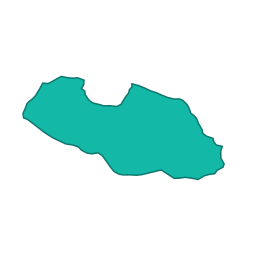 the district of Marituba, Pará, Brazil, rotated 112°
{"feature_id": "56859067B82724745768816", "entity_name": "Marituba", "entity_type": "district", "adm_level": 2, "iso_a3": "BRA", "parent_name": "Brazil", "parent_adm1": "Pará", "projection": "equal_earth", "projection_center": [-48.323, -1.397], "detail": "fine", "context": "isolated", "style": "filled", "palette": "teal", "viewbox_px": 256, "rotation_deg": 112, "n_neighbors": 0, "source": "geoboundaries", "source_scale": "gbopen_adm2", "svg_char_len": 1243}
<svg xmlns="http://www.w3.org/2000/svg" viewBox="0 0 256 256"><g transform="rotate(112 128 128)"><path d="M157.7,228.6L157.7,224.3L159.3,218.4L163.2,204.8L164.2,199.8L165.3,193.0L166.1,179.9L164.5,173.1L164.1,166.8L166.0,162.9L166.6,156.6L165.5,151.9L162.2,146.4L163.4,141.2L166.3,136.6L171.3,128.8L173.6,124.5L174.2,118.7L173.1,114.3L170.7,108.6L168.5,102.2L165.7,97.1L161.9,91.9L154.4,81.4L155.8,74.6L157.4,66.3L155.1,61.3L152.4,56.7L151.1,51.7L150.2,47.8L149.5,43.8L143.8,39.4L140.9,35.7L137.9,30.5L133.8,29.5L128.7,25.2L125.3,25.4L121.1,30.7L114.8,33.3L109.7,33.7L110.7,39.6L108.9,43.1L105.8,45.3L106.2,52.1L105.0,56.7L102.1,58.4L99.8,61.2L97.3,64.4L93.5,68.0L91.9,71.3L90.7,75.4L87.5,78.1L84.4,81.6L81.8,87.4L81.8,91.4L83.8,95.8L84.9,102.8L84.9,108.9L84.7,114.3L85.1,120.7L84.7,128.0L84.7,134.4L85.6,141.0L88.5,139.7L91.7,141.0L95.6,140.6L99.3,141.7L104.0,142.6L108.4,143.2L112.1,146.1L114.4,153.9L116.5,158.7L117.0,163.5L118.0,170.1L116.7,174.9L113.0,180.3L110.0,181.9L108.9,185.9L104.4,185.3L100.1,186.7L100.3,193.4L102.7,198.5L104.0,202.8L105.2,209.2L116.7,218.6L118.3,223.8L126.3,224.8L133.1,226.0L137.3,227.7L140.7,229.8L143.6,230.8L147.2,230.6L153.8,230.8L157.7,228.6Z" fill="#14b8a6" stroke="#0f766e" stroke-width="1.5"/></g></svg>